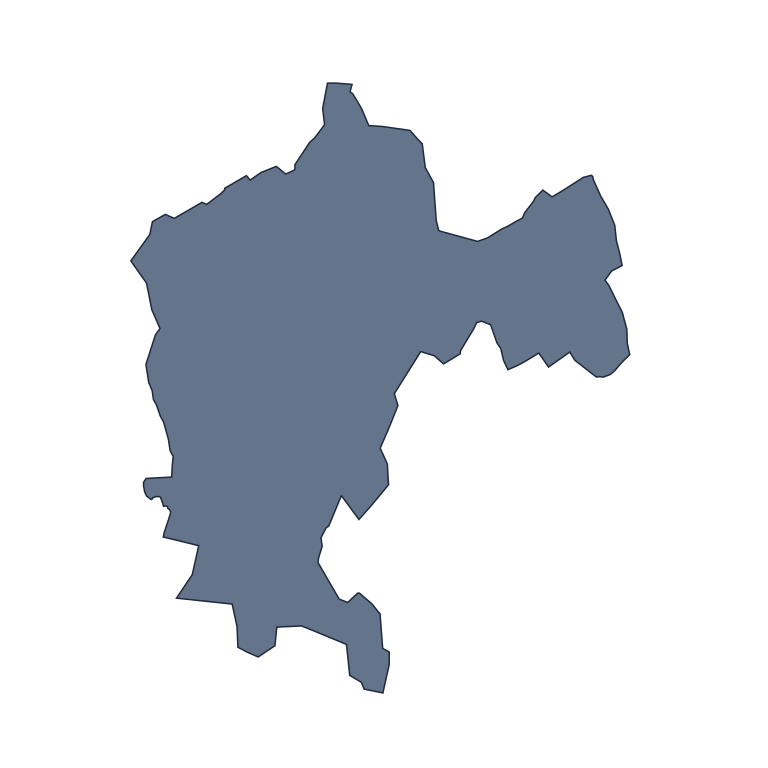 Jama'Are, Bauchi, Nigeria, rotated 352°
{"feature_id": "59680162B54185205976265", "entity_name": "Jama'Are", "entity_type": "district", "adm_level": 2, "iso_a3": "NGA", "parent_name": "Nigeria", "parent_adm1": "Bauchi", "projection": "equal_earth", "projection_center": [9.925, 11.651], "detail": "fine", "context": "isolated", "style": "filled", "palette": "slate", "viewbox_px": 768, "rotation_deg": 352, "n_neighbors": 0, "source": "geoboundaries", "source_scale": "gbopen_adm2", "svg_char_len": 2721}
<svg xmlns="http://www.w3.org/2000/svg" viewBox="0 0 768 768"><g transform="rotate(352 384 384)"><path d="M636.3,299.8L635.6,287.8L634.1,274.3L634.6,258.9L630.5,242.1L624.7,227.9L619.6,210.3L619.6,207.6L618.4,206.2L610.2,207.1L597.5,212.9L589.1,216.8L576.5,222.1L568.3,214.1L559.7,220.5L557.5,223.9L547.7,233.4L547.3,233.8L544.1,239.0L536.4,241.7L531.7,243.7L528.8,244.9L522.2,246.9L506.8,253.7L496.5,255.8L460.5,240.3L459.5,239.3L458.5,229.3L458.7,226.2L460.8,195.1L461.1,191.5L455.0,175.4L455.3,151.4L451.2,145.9L445.0,136.5L418.4,128.8L405.0,126.0L404.4,124.2L403.5,120.9L400.3,108.5L393.4,92.2L391.0,90.0L394.1,82.9L392.6,82.5L378.3,79.3L369.9,78.2L361.6,102.6L361.2,119.0L349.8,130.4L344.0,134.4L326.3,154.4L325.7,158.8L324.4,159.9L315.8,162.4L307.7,153.5L302.5,154.8L293.3,157.1L292.4,157.1L279.8,163.4L276.8,158.5L253.5,168.0L253.1,169.8L248.3,173.1L233.4,181.5L229.0,178.8L199.3,190.8L191.0,185.6L177.3,191.0L172.9,203.3L150.4,226.9L162.9,251.1L162.9,251.3L164.4,278.1L169.9,297.9L164.5,303.5L151.0,331.4L151.0,334.7L151.2,349.6L151.8,351.9L153.5,358.4L153.5,367.3L155.8,373.2L158.1,385.0L160.4,390.9L162.8,408.6L162.9,420.4L165.2,426.3L163.0,435.2L160.8,446.6L135.3,444.4L132.2,447.9L131.7,451.6L132.0,457.7L133.3,461.9L137.3,466.0L138.1,465.9L139.1,464.6L140.5,464.3L142.8,463.7L143.7,464.0L144.8,464.1L146.2,464.4L146.9,465.0L147.1,465.8L147.8,469.4L148.2,471.0L148.4,471.8L148.5,473.1L148.5,473.9L148.8,474.5L149.4,474.6L149.8,474.3L150.2,474.3L150.7,474.4L151.1,474.6L151.7,474.6L152.3,475.0L152.6,475.4L152.5,476.0L152.5,476.8L154.2,478.7L154.9,480.9L154.4,482.7L150.5,490.8L150.0,491.7L145.6,500.7L144.1,504.8L178.0,518.3L167.6,546.1L148.7,567.2L203.0,580.8L204.7,603.7L202.7,624.4L211.8,630.9L221.4,636.8L239.6,628.0L244.0,609.8L268.5,612.1L274.1,615.2L310.6,636.7L309.5,667.8L320.0,676.2L321.9,683.4L339.9,689.8L350.2,662.3L351.9,650.2L345.9,645.6L348.1,610.9L346.3,608.4L341.7,600.4L330.6,587.7L328.9,587.4L317.6,595.3L309.7,590.8L293.9,551.9L293.8,551.3L295.2,546.8L300.2,536.1L300.2,527.4L306.8,518.3L309.6,516.9L326.1,488.8L327.8,491.4L340.3,514.7L354.4,502.7L374.5,484.4L375.1,476.3L376.2,463.7L371.3,447.0L378.4,435.4L383.1,427.7L394.8,407.3L392.9,395.0L424.8,357.1L425.1,357.1L437.8,363.1L445.8,372.4L463.7,364.7L464.4,361.7L475.6,347.9L480.2,342.3L484.5,336.0L489.4,335.4L497.8,340.1L501.6,359.1L504.6,365.3L505.7,377.4L508.7,387.1L519.0,384.2L523.8,382.4L526.6,381.4L541.6,374.9L549.3,390.1L572.4,378.2L576.3,387.1L591.2,402.5L595.4,406.7L598.6,406.7L602.1,407.7L609.4,406.1L614.5,402.8L622.2,396.0L631.4,389.1L630.6,377.5L631.4,370.2L632.1,363.7L630.9,354.0L630.0,346.3L626.0,334.7L620.5,318.0L617.3,311.9L625.1,303.8L636.3,299.8Z" fill="#64748b" stroke="#1e293b" stroke-width="1.5"/></g></svg>